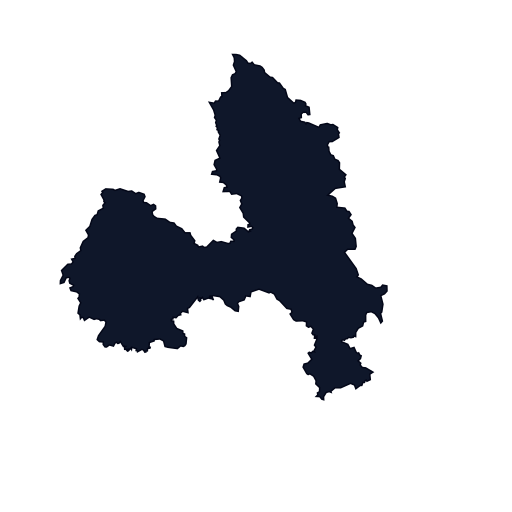 Myitkyina, Kachin, Myanmar, rotated 304°
{"feature_id": "60261553B87045265182451", "entity_name": "Myitkyina", "entity_type": "district", "adm_level": 2, "iso_a3": "MMR", "parent_name": "Myanmar", "parent_adm1": "Kachin", "projection": "albers", "projection_center": [97.226, 25.827], "detail": "fine", "context": "isolated", "style": "filled", "palette": "ink", "viewbox_px": 512, "rotation_deg": 304, "n_neighbors": 0, "source": "geoboundaries", "source_scale": "gbopen_adm2", "svg_char_len": 6157}
<svg xmlns="http://www.w3.org/2000/svg" viewBox="0 0 512 512"><g transform="rotate(304 256 256)"><path d="M272.7,397.2L278.1,391.3L279.8,391.6L287.0,388.2L292.9,381.6L296.5,383.7L300.2,384.2L304.4,381.2L302.7,377.2L299.9,377.0L296.3,373.2L296.4,368.4L294.8,364.1L295.8,356.1L295.1,351.2L297.5,351.4L301.6,346.0L308.5,327.3L312.8,328.2L317.0,334.3L319.9,333.7L326.2,328.5L328.4,322.9L335.0,322.1L336.0,319.1L338.5,316.3L339.0,311.5L343.4,311.7L344.9,308.2L343.9,306.4L345.4,302.9L341.6,295.7L344.9,294.0L348.4,289.6L348.2,285.8L346.5,281.4L356.4,283.9L363.3,291.3L366.9,287.6L370.1,286.7L371.0,285.0L373.6,285.1L374.5,276.6L380.0,273.1L381.0,270.6L380.3,267.2L382.4,264.0L381.7,261.4L383.7,257.9L386.9,255.4L386.6,254.3L388.3,253.0L391.7,252.7L393.5,255.2L400.7,258.5L403.4,256.0L404.7,256.2L406.1,252.8L408.2,251.9L408.0,246.2L406.6,244.7L405.7,240.9L400.7,236.0L397.8,236.2L395.8,225.4L395.0,223.5L393.5,223.5L394.2,221.6L392.6,217.6L394.1,214.6L396.1,216.2L398.9,214.1L401.4,214.6L403.2,217.2L402.2,220.2L403.4,221.5L409.0,216.8L408.2,212.9L409.9,212.4L410.8,210.7L409.9,205.9L407.7,202.0L405.6,202.8L403.8,202.0L405.0,193.5L410.4,187.1L410.2,184.8L412.5,178.7L411.6,177.0L413.2,169.9L412.1,167.6L412.9,160.5L414.7,158.8L415.8,155.6L415.8,153.1L413.5,147.6L414.5,144.4L412.7,143.9L411.3,141.6L412.5,138.9L413.3,130.3L412.0,127.0L410.0,123.9L408.2,127.1L405.2,129.5L401.6,130.5L397.8,136.6L395.4,136.7L393.1,135.2L389.9,135.7L382.9,141.1L377.7,140.9L374.6,139.7L372.1,136.3L369.1,138.6L368.1,137.8L363.5,138.4L361.8,135.8L359.3,135.9L357.3,131.4L353.4,139.2L349.9,143.5L347.6,144.2L346.5,147.2L344.0,148.0L342.3,150.5L341.3,150.4L340.8,152.3L338.9,153.0L339.1,154.9L337.8,155.3L336.1,158.8L332.2,159.8L331.7,161.1L329.8,161.5L327.3,164.3L321.4,164.3L317.0,171.4L312.4,168.6L308.3,170.2L306.0,174.8L304.7,175.7L301.7,172.7L299.0,173.5L301.5,178.3L301.9,181.6L301.1,183.0L297.0,184.6L298.7,187.8L298.3,191.7L296.9,193.5L294.9,191.5L291.0,192.7L294.9,198.2L293.6,201.2L297.0,205.1L297.8,210.5L296.1,211.9L293.3,212.0L291.2,215.1L287.1,215.5L284.3,221.5L281.4,224.0L279.9,232.1L278.9,233.0L277.5,231.9L275.5,233.1L278.2,235.7L277.8,237.4L275.9,237.8L274.3,236.1L273.3,236.2L273.3,237.3L271.7,236.2L272.4,230.6L269.6,224.9L267.3,224.6L265.8,225.8L260.4,223.6L257.6,225.1L257.2,228.6L255.8,229.6L254.1,226.9L252.0,227.3L250.7,225.9L248.5,219.2L245.4,216.0L245.1,211.9L235.6,210.1L234.0,207.9L234.3,206.2L231.3,203.3L232.3,201.7L231.8,197.6L234.4,196.7L236.6,190.3L238.3,188.3L235.5,184.2L237.1,179.2L236.2,173.2L237.5,169.6L235.7,165.8L235.8,160.1L231.9,152.9L231.8,149.3L232.4,147.2L234.7,145.0L239.0,146.5L241.4,144.7L241.5,142.2L238.8,140.5L238.9,135.5L237.5,132.8L238.8,131.3L243.1,130.8L244.6,128.7L243.2,123.3L240.4,121.4L240.4,116.6L238.0,113.9L235.7,105.7L231.5,102.4L231.4,100.3L227.6,93.9L223.5,92.1L222.9,93.5L220.4,93.1L217.5,98.6L216.0,99.5L215.9,101.1L212.4,100.7L210.2,102.7L205.2,100.0L201.4,101.2L199.6,99.8L194.7,99.6L187.6,101.7L182.2,100.6L179.8,105.4L177.2,106.5L171.5,104.6L164.5,105.8L162.6,107.8L157.6,106.0L154.4,106.0L152.9,107.4L150.3,104.9L148.9,107.7L146.1,107.5L143.9,104.6L135.3,102.9L132.3,106.9L126.3,107.6L123.7,109.2L126.7,111.6L131.9,110.8L133.8,113.1L133.5,114.3L131.0,114.9L129.3,116.9L129.8,121.2L128.3,121.5L125.5,119.6L123.9,122.0L126.0,127.4L125.8,130.8L123.1,132.3L121.3,132.1L119.2,136.9L115.6,137.4L109.1,140.4L108.8,142.9L105.8,145.5L107.7,145.7L108.3,147.3L106.7,149.8L112.1,151.9L112.9,157.2L114.8,158.8L115.9,161.5L115.5,163.2L118.1,166.2L117.2,168.7L113.3,170.3L101.9,170.0L97.9,171.1L97.4,174.1L99.3,177.5L97.2,178.8L96.2,181.7L97.0,183.0L100.3,184.2L101.6,188.2L105.0,187.8L106.8,188.8L106.1,190.1L106.9,191.1L109.3,191.3L106.9,196.5L108.4,197.3L107.3,197.3L108.0,198.4L106.8,198.0L105.2,199.3L105.9,200.3L105.3,202.6L106.2,202.8L106.4,201.1L107.4,202.9L108.8,202.7L107.3,203.4L109.4,203.8L108.9,205.0L110.8,204.0L112.3,208.8L110.6,209.5L111.1,210.5L110.3,211.3L114.6,213.5L115.2,215.0L114.1,217.7L114.9,218.3L115.3,217.3L116.6,219.0L118.7,217.8L120.3,219.6L121.2,219.3L120.9,218.1L124.6,216.0L128.6,219.0L129.8,218.3L133.5,222.7L133.9,226.9L130.1,231.2L131.1,234.1L135.3,242.6L139.3,243.7L140.4,246.4L141.9,247.1L144.0,247.1L149.4,244.2L149.4,241.8L151.4,240.4L150.9,238.7L152.9,237.2L151.6,230.8L153.7,225.7L155.9,224.2L155.0,222.1L156.1,221.2L157.4,222.3L158.9,221.5L160.1,224.2L163.3,224.7L165.2,226.5L166.2,225.3L169.1,226.0L171.0,231.3L174.3,228.5L176.1,229.6L189.6,230.5L187.2,232.9L187.0,234.8L188.4,235.0L190.1,233.1L190.5,234.5L191.7,234.6L190.6,237.2L194.4,239.9L196.0,244.0L195.7,245.4L197.7,242.4L196.1,240.4L196.7,240.0L199.4,243.0L202.1,248.8L201.4,254.0L199.1,257.4L198.8,259.9L199.5,263.7L198.9,269.3L200.2,272.2L204.5,269.9L206.3,267.1L208.4,267.2L213.0,270.7L217.3,269.9L219.1,273.8L223.4,271.9L230.2,277.0L232.7,287.4L234.3,288.4L234.7,292.5L232.0,297.5L232.2,300.6L229.8,310.9L231.5,314.9L229.4,317.4L227.0,316.7L224.3,322.8L224.5,325.6L228.5,331.0L229.6,334.8L226.3,336.8L226.3,339.4L228.4,340.8L227.5,344.5L223.3,345.5L222.6,347.5L223.5,348.8L220.5,350.4L221.2,351.6L222.1,351.7L222.4,350.3L223.7,351.4L221.6,352.9L214.8,354.3L214.0,356.7L209.7,357.1L209.3,358.0L208.7,356.4L206.5,356.0L206.0,354.0L204.6,353.6L201.6,360.0L196.2,358.9L193.3,356.3L190.2,357.2L186.9,363.9L186.9,365.5L188.5,366.6L188.6,371.0L186.2,375.6L183.4,377.1L182.5,382.4L179.0,384.5L176.8,383.5L175.6,384.9L173.3,384.5L175.1,387.5L174.1,390.6L174.7,392.5L177.1,390.7L182.2,390.5L184.5,392.5L185.0,394.5L185.6,393.7L190.9,395.2L194.0,399.8L203.3,405.6L204.1,409.8L201.8,413.0L206.8,414.7L207.9,416.1L211.0,415.3L211.8,416.6L213.9,416.2L214.8,416.9L214.2,418.0L217.4,419.9L221.6,416.4L225.1,417.9L224.6,409.5L223.0,406.5L223.9,403.3L225.7,402.8L226.1,399.2L229.3,400.0L232.1,399.0L231.9,397.4L233.1,395.3L232.2,395.0L232.2,392.9L235.0,388.4L231.8,385.8L234.1,381.5L232.8,375.1L233.5,374.2L235.3,374.9L235.5,376.4L237.0,376.5L236.9,375.7L238.4,377.8L240.4,378.3L241.3,380.4L243.1,382.1L244.2,381.6L244.9,383.7L248.4,381.4L253.3,381.2L257.7,383.5L261.4,382.1L263.1,383.5L268.4,379.9L271.1,379.4L274.3,382.7L274.8,386.8L273.2,392.2L270.3,396.9L272.7,397.2Z" fill="#0f172a" stroke="#020617" stroke-width="1.5"/></g></svg>